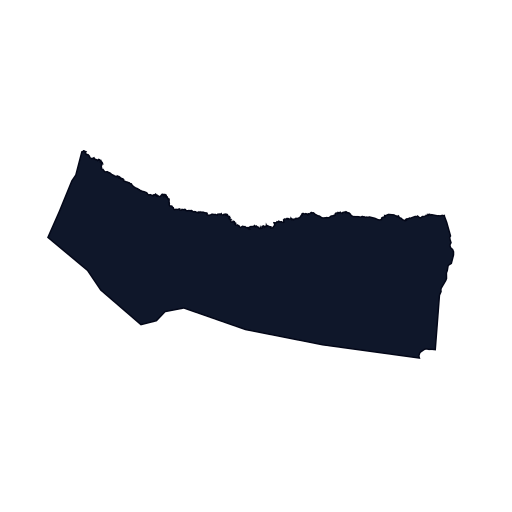 Oichili-Dimani, Andjazîdja, Comoros (Equal Earth projection), rotated 291°
{"feature_id": "10938185B16841428111903", "entity_name": "Oichili-Dimani", "entity_type": "district", "adm_level": 2, "iso_a3": "COM", "parent_name": "Comoros", "parent_adm1": "Andjazîdja", "projection": "equal_earth", "projection_center": [43.406, -11.657], "detail": "fine", "context": "isolated", "style": "filled", "palette": "ink", "viewbox_px": 512, "rotation_deg": 291, "n_neighbors": 0, "source": "geoboundaries", "source_scale": "gbopen_adm2", "svg_char_len": 6104}
<svg xmlns="http://www.w3.org/2000/svg" viewBox="0 0 512 512"><g transform="rotate(291 256 256)"><path d="M198.8,55.1L182.2,103.9L168.6,123.3L150.7,173.2L159.9,186.2L171.5,191.0L181.6,207.2L183.6,272.6L197.0,350.0L219.3,445.1L221.1,443.8L224.1,443.6L225.1,443.9L229.0,446.5L230.0,447.7L230.5,449.0L230.8,450.9L232.0,453.8L232.8,456.9L285.2,441.3L289.1,441.5L290.6,440.7L292.2,440.4L301.2,441.9L303.3,441.9L308.5,439.8L310.9,439.8L315.3,438.9L316.3,438.9L319.1,441.0L327.8,440.0L330.7,438.9L332.5,437.2L333.4,434.8L334.8,433.6L336.0,433.0L338.3,433.3L341.2,431.0L343.0,430.1L344.4,430.4L355.7,422.0L360.8,417.5L361.3,417.3L360.8,416.5L360.7,415.4L359.8,414.1L359.5,414.0L359.0,411.9L358.6,411.3L357.5,405.1L356.7,404.5L357.2,403.3L356.9,403.1L356.5,402.0L356.2,402.6L355.7,402.5L354.9,400.2L354.1,400.2L353.0,398.6L352.5,397.2L350.6,396.1L350.4,394.8L351.2,392.5L350.2,391.8L350.0,390.5L346.4,386.4L346.4,385.6L345.4,385.0L344.6,383.3L343.9,382.8L343.7,383.6L343.3,383.7L342.3,382.5L342.4,379.8L343.2,378.1L343.2,376.8L342.9,376.4L344.4,374.7L343.4,374.2L343.2,373.7L343.2,373.4L343.8,373.3L343.5,371.9L343.8,370.1L342.3,364.8L340.0,362.4L339.9,361.8L339.0,362.5L338.9,361.8L338.0,361.8L337.8,360.8L336.8,359.9L336.4,359.7L335.0,360.1L333.9,358.5L333.6,356.8L333.8,353.5L333.1,347.9L332.3,346.8L331.8,344.9L331.4,344.8L331.2,343.5L331.4,342.9L331.1,342.6L331.0,341.0L329.8,339.9L329.3,337.2L327.6,332.7L327.9,330.2L328.7,329.4L329.5,327.6L329.5,326.9L329.1,326.5L329.5,324.7L329.1,324.7L329.3,324.1L328.6,324.1L328.9,323.2L327.7,321.4L326.7,321.3L326.7,319.3L327.0,318.9L326.1,318.4L326.0,317.0L325.2,317.2L324.9,317.0L325.2,316.3L324.6,315.2L324.0,314.9L322.4,315.3L322.1,315.0L322.1,314.4L321.6,314.4L320.5,312.3L319.8,311.5L319.1,311.4L318.6,310.8L318.2,310.8L317.5,309.6L317.2,308.1L316.7,307.8L316.7,307.4L315.5,305.0L315.3,303.6L316.0,300.9L315.7,299.3L316.0,297.2L315.7,296.3L316.4,295.8L316.9,294.0L316.4,293.2L316.5,292.6L316.1,292.4L316.3,291.9L314.3,290.8L314.2,289.7L313.0,289.7L313.5,288.3L313.2,288.0L313.4,287.3L312.6,286.5L312.6,284.6L311.8,283.9L310.8,284.4L310.8,283.9L307.6,283.1L307.0,282.7L306.6,281.9L305.9,281.8L305.5,279.8L304.9,279.8L304.0,278.2L303.3,278.2L303.4,277.3L302.8,276.6L303.5,276.1L303.3,275.8L303.7,275.2L303.3,275.3L302.6,274.4L302.3,273.6L302.5,272.8L302.0,272.0L302.2,271.5L301.9,271.3L301.5,271.9L300.7,269.3L299.6,268.8L297.6,270.0L297.2,269.7L297.1,268.8L296.8,268.3L297.1,267.4L296.3,266.0L296.7,264.8L296.2,264.6L296.0,265.1L295.5,264.3L295.5,263.3L294.2,263.1L293.5,260.9L291.5,262.6L289.6,261.7L288.7,261.9L288.0,261.0L287.4,259.7L288.6,259.4L288.2,258.3L288.4,255.7L287.6,255.4L288.3,254.7L287.6,254.9L286.7,254.2L286.9,253.9L286.5,253.2L286.2,253.3L286.8,252.3L286.4,251.8L285.9,252.2L285.6,251.1L284.1,251.6L283.7,251.2L283.7,250.3L284.0,250.0L283.2,250.2L283.0,249.8L283.1,248.6L283.8,247.4L283.6,246.9L284.1,245.4L283.0,244.9L283.1,244.6L283.4,244.5L283.8,243.6L282.8,243.4L281.4,240.2L279.6,239.0L279.2,239.0L278.8,240.5L278.4,240.1L279.1,237.8L279.3,238.3L279.6,238.3L278.9,236.2L279.5,235.2L279.0,234.2L279.0,232.9L277.0,231.3L277.1,230.4L278.2,229.1L278.1,227.7L278.3,227.4L277.7,226.5L277.7,225.8L278.0,225.2L279.0,225.3L278.7,224.5L279.4,224.6L279.6,223.9L280.3,223.5L280.3,222.2L279.6,222.2L278.9,221.1L278.9,220.7L279.2,220.1L280.1,219.8L280.6,218.9L281.2,219.4L281.3,218.2L281.0,217.8L281.4,217.1L282.6,217.8L283.0,217.1L283.3,217.0L283.0,216.3L283.6,215.1L284.3,214.5L284.5,213.8L284.3,213.2L283.6,213.6L283.9,212.8L283.3,212.9L283.7,211.6L283.5,211.2L283.1,210.9L282.5,211.0L282.1,210.5L282.5,208.9L283.0,208.4L281.8,207.8L282.2,207.2L281.3,205.3L280.2,205.2L280.2,202.9L279.8,202.5L279.4,200.4L279.1,199.7L277.4,198.4L277.4,197.5L276.8,196.8L277.0,195.4L278.3,195.1L278.5,194.6L278.0,192.7L278.0,191.1L277.3,190.3L277.6,189.9L277.3,189.6L277.3,188.9L276.7,188.1L277.0,187.8L275.8,187.1L276.3,186.3L275.6,186.1L275.3,184.7L275.7,183.8L275.4,183.3L275.5,182.9L274.8,181.8L274.8,181.3L275.2,180.5L274.8,179.8L275.3,179.4L275.2,179.1L274.8,179.1L274.4,177.0L273.8,176.2L273.3,174.7L273.4,173.7L273.9,173.7L274.1,173.3L273.8,172.3L273.2,171.9L273.0,170.2L272.1,170.0L271.7,169.0L271.8,168.1L272.5,168.0L272.5,167.6L271.2,166.0L270.9,164.5L270.1,163.6L270.1,163.0L270.2,162.5L271.5,161.4L271.5,160.4L272.3,159.8L272.3,158.9L271.8,157.7L272.8,156.5L274.0,156.3L275.6,155.3L277.5,154.7L278.1,154.2L277.7,153.2L278.5,152.8L279.1,152.0L278.9,151.7L279.4,151.6L279.0,150.5L279.4,150.4L279.8,150.8L280.6,150.3L280.8,148.8L280.5,148.6L279.2,148.6L280.3,147.9L280.2,147.0L279.5,147.0L279.8,146.2L278.4,145.6L277.3,145.6L277.1,145.3L276.8,144.2L277.1,143.5L276.5,142.9L276.9,142.4L276.5,142.4L276.5,141.9L277.2,141.7L277.2,141.0L276.6,141.0L276.8,140.7L277.5,140.7L277.8,140.1L276.9,139.8L276.6,139.4L276.7,138.9L276.2,138.4L275.8,138.9L275.4,138.7L275.2,138.3L275.4,135.4L274.5,133.9L274.8,132.8L275.7,131.6L275.9,130.7L275.9,128.0L275.5,127.0L275.7,126.7L275.5,125.6L275.8,125.2L275.5,124.6L276.1,123.4L275.9,122.6L276.4,121.6L276.4,118.5L276.7,118.1L276.8,117.1L277.6,115.1L278.7,113.7L278.4,112.6L278.9,111.6L278.6,111.2L278.9,110.8L278.7,109.6L278.9,109.0L278.6,108.6L278.7,108.1L278.5,107.6L278.8,107.0L278.5,106.0L278.7,105.4L279.6,105.3L279.6,104.8L280.4,104.0L280.2,103.2L279.7,103.3L279.3,102.6L279.8,101.5L280.4,101.7L280.5,100.9L280.1,100.2L280.9,100.3L281.1,99.3L280.9,98.9L281.0,97.8L280.2,98.0L279.9,96.8L280.1,96.2L279.7,95.7L280.3,94.4L280.0,93.9L280.4,93.2L280.3,92.3L281.1,90.2L281.2,89.0L280.9,88.5L281.4,87.6L281.4,86.9L280.5,85.4L280.5,84.4L282.1,81.8L281.8,80.9L282.1,80.0L283.5,80.0L283.9,79.3L285.3,79.4L285.9,78.9L286.8,79.2L287.0,79.8L287.8,79.2L287.4,78.5L287.5,78.0L288.0,78.7L288.3,78.5L289.1,77.3L288.9,76.9L289.4,76.8L289.1,76.3L289.6,75.8L289.3,75.1L289.8,75.1L289.7,74.3L288.3,73.8L288.8,72.5L288.4,71.8L289.0,70.5L288.7,70.1L289.6,69.5L288.0,67.9L288.2,65.6L289.4,64.8L290.4,62.9L290.3,62.2L289.8,61.2L290.9,60.3L291.1,59.5L291.8,59.5L292.4,59.9L292.5,59.5L291.9,58.7L292.6,57.8L292.5,57.4L291.8,57.2L290.9,56.1L267.0,58.8L260.2,57.2L227.4,56.5L198.8,55.1Z" fill="#0f172a" stroke="#020617" stroke-width="1.5"/></g></svg>